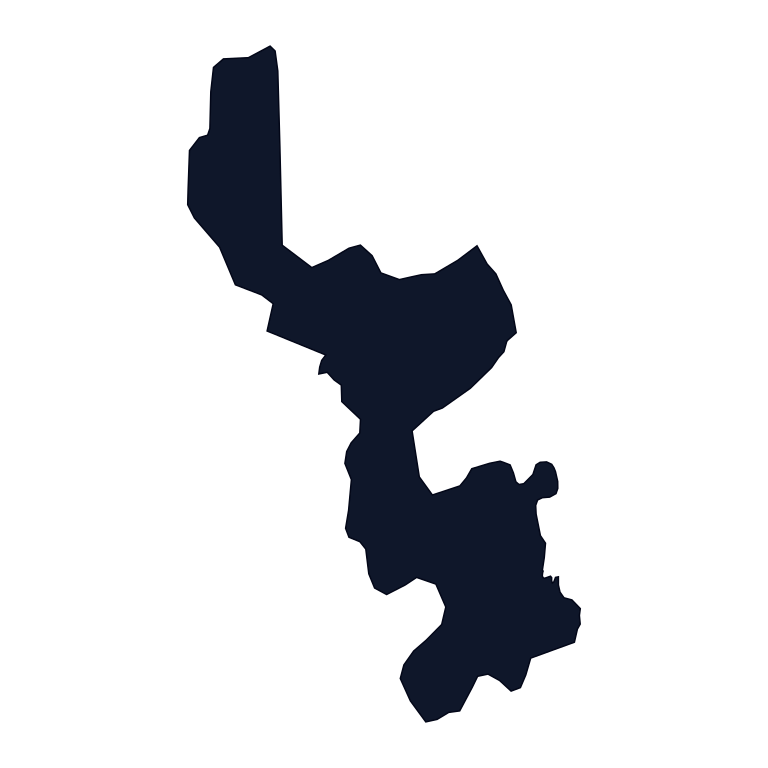 Bomadi, Delta, Nigeria (Equal Earth projection), rotated 180°
{"feature_id": "59680162B43870676483034", "entity_name": "Bomadi", "entity_type": "district", "adm_level": 2, "iso_a3": "NGA", "parent_name": "Nigeria", "parent_adm1": "Delta", "projection": "equal_earth", "projection_center": [5.801, 5.229], "detail": "fine", "context": "isolated", "style": "filled", "palette": "ink", "viewbox_px": 768, "rotation_deg": 180, "n_neighbors": 0, "source": "geoboundaries", "source_scale": "gbopen_adm2", "svg_char_len": 1910}
<svg xmlns="http://www.w3.org/2000/svg" viewBox="0 0 768 768"><g transform="rotate(180 384 384)"><path d="M580.3,563.3L573.6,550.0L548.4,520.8L532.6,483.2L506.3,473.1L494.8,464.3L500.9,437.0L442.2,413.0L446.3,407.6L448.3,400.9L449.2,394.0L440.8,395.7L433.8,388.0L426.7,382.9L426.2,366.4L407.5,348.7L408.2,335.0L416.8,325.2L421.3,316.5L423.1,304.6L416.6,288.4L419.4,257.7L422.4,239.7L419.0,230.7L408.1,226.3L402.2,218.9L399.2,194.2L393.4,180.0L381.4,173.5L362.7,183.1L351.4,190.6L332.1,183.9L322.2,161.0L326.3,143.5L341.8,127.8L354.3,117.0L364.1,103.1L367.7,89.5L357.6,67.1L342.2,46.1L330.9,48.6L319.3,55.6L308.3,57.1L295.7,80.8L290.4,91.7L280.0,93.9L268.4,87.5L256.9,76.9L247.6,80.4L242.2,93.1L237.3,109.9L193.6,125.8L190.6,138.9L187.8,143.9L188.6,152.6L187.7,159.4L196.1,168.1L204.0,170.2L208.0,175.9L209.6,183.0L209.6,191.2L212.5,190.6L214.3,185.8L215.7,185.0L216.4,187.5L216.3,190.3L217.5,191.8L223.5,189.7L225.0,190.4L225.7,192.2L225.4,195.1L224.9,196.9L225.6,198.0L223.7,210.6L222.5,224.8L227.6,232.4L231.9,254.0L232.3,262.6L230.4,268.0L225.6,270.3L218.3,270.9L212.0,274.4L210.2,279.6L210.3,286.6L212.5,296.3L214.0,300.1L216.3,303.7L221.4,306.1L227.9,305.7L231.9,303.2L235.1,293.5L240.8,287.7L244.2,284.3L249.0,283.5L252.1,286.2L254.6,295.1L257.9,303.1L264.4,305.6L267.9,306.8L278.4,304.7L296.2,299.3L301.5,290.1L308.1,282.1L335.6,273.0L348.7,291.1L355.9,337.1L334.5,356.7L325.6,360.0L297.6,379.8L276.4,400.4L269.5,410.4L264.1,416.3L261.3,426.5L260.4,427.7L251.8,435.3L256.8,463.1L264.7,477.7L272.1,494.1L280.9,504.0L291.0,522.2L310.2,507.7L333.3,494.1L346.5,493.3L358.0,490.8L368.6,488.4L387.1,495.1L395.9,512.3L407.6,522.9L419.0,519.8L439.7,507.6L456.2,500.4L485.8,522.8L488.1,620.8L490.2,697.0L492.9,717.0L497.9,721.9L519.6,710.3L544.6,709.1L554.5,700.6L557.2,676.2L558.1,639.5L560.4,632.8L568.6,630.4L578.5,617.6L579.9,578.5L580.3,563.3Z" fill="#0f172a" stroke="#020617" stroke-width="1.5"/></g></svg>